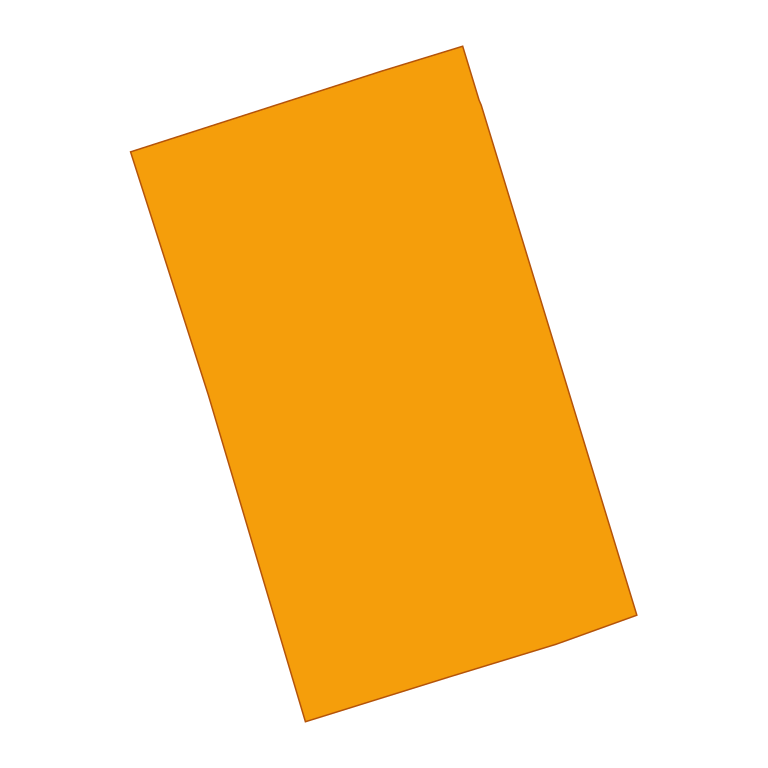 Dewey, Oklahoma, United States of America, rotated 253°
{"feature_id": "52423323B83678883467317", "entity_name": "Dewey", "entity_type": "district", "adm_level": 2, "iso_a3": "USA", "parent_name": "United States of America", "parent_adm1": "Oklahoma", "projection": "mercator", "projection_center": [-98.948, 35.988], "detail": "fine", "context": "isolated", "style": "filled", "palette": "amber", "viewbox_px": 768, "rotation_deg": 253, "n_neighbors": 0, "source": "geoboundaries", "source_scale": "gbopen_adm2", "svg_char_len": 299}
<svg xmlns="http://www.w3.org/2000/svg" viewBox="0 0 768 768"><g transform="rotate(253 384 384)"><path d="M680.1,209.5L424.9,212.8L84.0,210.1L84.8,360.0L84.8,472.7L89.0,558.2L622.3,558.5L627.5,557.9L684.0,558.0L683.9,472.7L680.1,209.5Z" fill="#f59e0b" stroke="#b45309" stroke-width="1.5"/></g></svg>